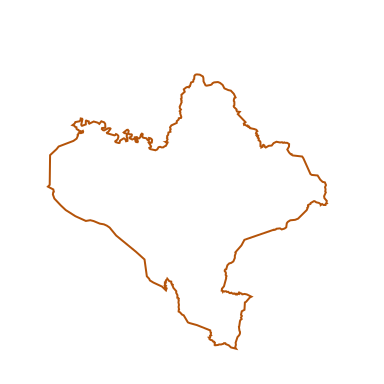 the district of Nam Phong, Khon Kaen, Thailand, rotated 130°
{"feature_id": "78962969B93047350456374", "entity_name": "Nam Phong", "entity_type": "district", "adm_level": 2, "iso_a3": "THA", "parent_name": "Thailand", "parent_adm1": "Khon Kaen", "projection": "natural_earth1", "projection_center": [102.881, 16.697], "detail": "fine", "context": "isolated", "style": "outline", "palette": "amber", "viewbox_px": 384, "rotation_deg": 130, "n_neighbors": 0, "source": "geoboundaries", "source_scale": "gbopen_adm2", "svg_char_len": 6011}
<svg xmlns="http://www.w3.org/2000/svg" viewBox="0 0 384 384"><g transform="rotate(130 192 192)"><path d="M100.6,93.8L99.2,96.4L100.3,98.5L100.1,101.7L98.6,106.4L101.9,111.2L102.1,112.8L94.6,128.3L94.0,130.4L99.2,138.3L99.4,139.6L99.0,140.1L99.6,140.7L99.3,143.1L98.2,146.3L94.9,146.9L92.9,148.4L93.1,150.6L94.6,152.5L94.7,153.2L95.8,153.8L96.0,155.0L97.5,156.4L99.2,159.6L102.1,160.9L105.2,160.8L107.3,162.9L110.5,164.1L110.6,165.1L109.8,166.5L110.0,167.6L110.8,167.8L112.0,167.0L113.2,167.5L112.7,167.9L112.9,169.0L109.7,171.7L109.3,173.1L109.6,174.2L108.0,175.3L108.2,176.4L107.4,176.8L107.5,177.8L106.4,177.8L106.7,178.5L106.3,179.1L106.7,179.5L105.7,179.9L105.8,180.8L104.1,181.3L103.4,181.1L103.0,182.7L103.7,184.7L105.7,188.4L105.4,188.6L105.7,189.8L105.4,189.7L105.2,190.8L105.7,191.4L105.5,191.9L105.9,191.9L106.2,192.8L106.4,194.8L107.1,195.2L106.3,196.3L104.1,195.9L102.9,207.0L100.0,207.0L101.4,209.2L101.0,210.3L100.1,210.9L99.9,214.5L99.4,215.3L98.2,215.4L95.7,217.5L95.4,218.5L94.3,219.3L92.9,219.9L91.6,219.4L89.9,223.1L89.4,227.4L90.6,229.7L91.8,233.8L90.3,237.3L90.4,240.7L91.1,242.8L93.8,245.5L95.4,246.2L97.1,246.1L98.2,246.7L101.1,249.1L101.6,250.2L99.9,254.2L97.4,256.5L96.5,257.9L97.1,261.4L98.8,263.9L100.0,264.8L101.5,264.8L104.0,263.0L104.9,263.1L106.7,262.0L108.7,263.1L112.2,261.6L112.5,262.0L113.8,261.6L114.4,262.9L115.4,263.6L118.6,264.3L119.9,262.0L124.3,262.6L126.7,260.3L127.8,260.3L128.4,258.9L129.1,258.8L129.7,257.7L134.7,256.2L135.7,255.0L135.9,253.5L138.0,253.4L138.3,252.2L139.3,251.7L141.4,248.4L142.2,248.0L144.0,249.5L145.0,248.8L147.5,249.2L148.9,248.1L154.2,250.6L156.6,250.4L157.6,248.7L158.6,248.6L159.7,247.2L161.6,248.3L163.5,247.0L165.2,247.0L166.1,246.0L166.8,245.9L167.3,244.6L169.5,244.0L169.6,243.6L170.2,244.1L169.9,243.2L170.6,243.5L170.5,242.3L173.5,241.7L174.7,242.4L176.2,242.7L177.3,243.8L177.9,245.5L179.2,246.4L181.7,246.0L183.5,246.8L185.9,251.4L186.0,252.5L185.6,253.1L184.0,252.4L183.3,252.7L181.9,257.2L181.2,257.0L180.9,255.2L180.0,254.6L177.8,256.0L177.4,257.3L177.7,258.8L178.2,259.6L179.5,258.4L180.6,259.0L180.7,259.7L180.1,261.3L181.8,264.3L181.5,265.8L179.4,266.9L179.5,267.9L180.8,268.0L183.5,266.8L185.0,267.0L185.6,267.7L185.4,269.6L186.9,271.0L187.4,270.5L187.0,268.1L188.0,266.0L188.8,265.7L189.6,266.8L189.6,267.6L188.4,269.2L188.2,270.2L188.6,270.8L190.2,271.5L190.9,274.3L190.4,274.9L188.5,274.0L186.9,274.7L186.7,275.4L188.0,277.0L188.1,278.2L187.3,279.1L185.9,279.8L185.6,281.2L186.3,281.8L190.3,282.6L190.3,281.6L189.5,279.9L189.5,278.7L191.1,278.1L193.5,274.9L194.4,274.3L195.5,275.1L194.6,276.7L194.4,278.0L194.8,278.8L198.8,280.1L201.0,279.1L201.6,279.7L202.8,282.3L202.8,283.0L202.5,283.4L199.6,282.8L197.2,283.7L196.3,284.7L196.2,286.4L196.5,287.5L197.8,287.4L198.5,287.9L201.6,294.8L201.3,295.3L199.7,294.8L196.2,295.0L195.8,295.2L195.9,295.9L197.1,297.2L201.3,298.9L201.8,299.8L201.7,301.6L200.8,302.0L199.0,300.2L198.1,300.0L195.6,302.3L195.1,304.0L196.1,306.9L199.4,306.8L199.5,308.8L201.2,312.6L205.7,314.6L205.5,315.6L204.3,316.4L205.3,319.0L205.8,319.0L208.5,316.8L212.0,318.8L212.0,319.5L211.5,320.2L206.7,322.7L206.5,323.3L207.2,324.5L208.8,323.6L210.1,323.6L213.4,326.3L215.0,325.9L217.6,326.5L216.9,324.8L217.2,323.6L216.7,322.1L217.8,321.2L217.9,320.1L217.4,318.9L217.7,318.6L217.8,316.9L217.5,316.4L216.9,316.4L216.7,315.4L215.3,314.9L215.6,314.3L216.5,313.8L218.4,315.0L219.1,316.4L220.1,316.7L221.0,316.2L221.9,316.3L222.2,315.6L225.3,314.7L229.1,315.7L242.9,323.4L246.2,323.3L255.0,324.4L278.0,305.6L280.5,305.8L279.2,299.9L280.6,298.0L281.3,298.2L283.3,297.0L285.5,293.2L286.6,284.0L287.0,277.1L285.5,265.8L282.4,254.7L279.0,251.8L277.5,248.7L275.5,242.3L273.4,238.7L272.5,235.5L272.2,232.2L274.1,222.1L273.8,196.5L274.2,185.0L285.6,172.4L286.0,169.1L286.8,167.4L286.2,163.4L283.7,154.1L284.1,148.7L282.1,149.5L282.4,151.0L282.1,151.5L281.6,151.4L281.3,152.5L280.5,152.0L280.3,153.3L279.4,154.1L278.6,153.8L278.4,154.6L277.6,154.3L277.5,154.8L275.8,155.2L275.1,154.9L274.3,155.2L274.9,152.1L274.0,150.3L275.4,148.9L275.4,147.9L275.8,147.7L275.5,147.0L276.3,146.6L277.4,144.6L278.1,140.3L279.4,139.3L280.4,136.8L282.4,135.3L282.0,134.6L282.2,133.5L283.2,133.2L283.6,132.4L285.2,131.5L286.9,129.4L288.7,128.4L290.3,126.4L290.8,126.4L292.2,125.4L291.9,124.0L292.3,120.7L291.8,119.1L294.5,111.4L294.0,109.7L290.8,102.7L286.3,89.1L287.7,87.4L287.6,87.0L289.4,85.8L289.5,85.3L290.4,85.8L290.9,85.1L291.7,84.7L292.4,85.3L292.4,84.8L293.3,84.4L293.4,82.9L292.6,81.0L293.0,79.9L292.5,78.8L292.8,78.5L292.7,77.7L293.4,77.4L294.0,76.3L294.6,76.3L294.6,75.8L292.4,73.7L291.4,73.3L290.1,71.7L287.8,70.2L287.2,70.3L286.4,69.2L286.8,68.3L285.8,65.3L286.0,62.2L283.7,57.5L283.2,59.1L280.9,60.1L279.4,61.7L273.9,63.9L271.4,63.8L269.8,64.2L268.4,65.2L267.7,66.6L265.0,69.5L264.5,69.5L260.0,72.3L258.9,72.6L257.4,72.3L256.7,73.8L254.9,74.1L254.6,75.5L251.4,77.2L248.5,76.1L242.6,80.5L241.4,80.0L235.7,79.9L234.0,79.2L235.2,84.1L236.3,86.2L238.1,87.7L237.9,88.8L238.6,89.9L238.5,90.7L239.3,90.7L239.3,91.0L240.0,90.5L240.7,91.7L241.4,91.6L241.5,92.3L241.9,92.0L242.3,92.4L242.6,94.6L243.2,94.7L243.7,95.4L243.9,97.2L244.6,97.4L245.3,98.3L245.2,100.1L246.2,101.2L246.1,101.9L246.9,103.0L247.7,103.4L248.0,105.0L248.4,104.8L248.1,105.5L248.4,105.9L246.8,106.9L243.7,106.9L236.1,110.4L235.3,111.2L234.2,111.5L233.9,112.9L232.3,113.9L231.8,114.7L231.6,116.0L230.9,116.6L229.9,116.7L229.2,116.1L225.4,117.8L222.8,117.6L221.1,116.4L218.6,115.7L215.0,116.8L213.3,118.2L210.5,119.3L210.3,120.0L201.1,119.8L194.9,121.1L168.3,105.1L168.4,104.8L167.0,103.8L165.9,103.7L163.3,101.2L163.0,99.2L160.5,97.6L158.5,97.1L155.0,99.3L153.3,99.4L150.5,98.5L147.0,95.1L144.2,93.6L132.1,92.5L130.3,93.0L130.1,93.5L128.5,93.5L128.0,94.4L127.3,94.7L125.0,93.6L124.2,94.0L120.8,92.8L120.2,92.1L120.0,90.1L118.8,87.8L118.6,85.6L119.2,85.0L117.6,84.6L117.4,82.9L116.2,81.4L115.2,82.0L114.0,81.4L113.9,82.1L112.2,83.0L111.6,86.6L110.3,88.1L106.2,89.3L106.0,90.2L104.0,91.5L102.8,93.2L100.6,93.8Z" fill="none" stroke="#b45309" stroke-width="2"/></g></svg>